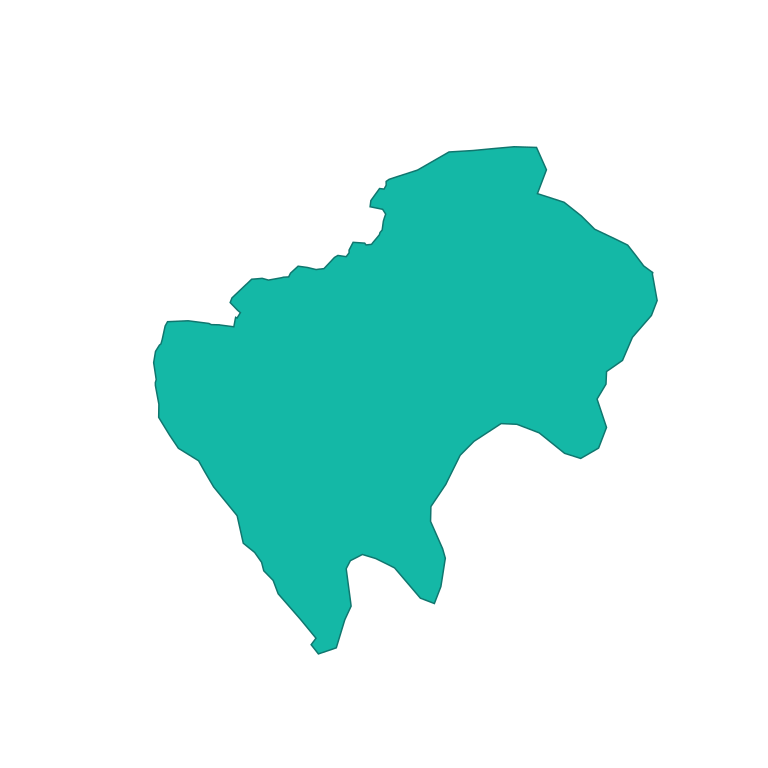 Fen River, River Cess, Liberia, rotated 21°
{"feature_id": "62588387B6652087258063", "entity_name": "Fen River", "entity_type": "district", "adm_level": 2, "iso_a3": "LBR", "parent_name": "Liberia", "parent_adm1": "River Cess", "projection": "orthographic", "projection_center": [-9.654, 5.605], "detail": "fine", "context": "isolated", "style": "filled", "palette": "teal", "viewbox_px": 768, "rotation_deg": 21, "n_neighbors": 0, "source": "geoboundaries", "source_scale": "gbopen_adm2", "svg_char_len": 2006}
<svg xmlns="http://www.w3.org/2000/svg" viewBox="0 0 768 768"><g transform="rotate(21 384 384)"><path d="M595.0,183.7L584.1,180.7L573.2,173.9L561.7,167.0L549.5,165.9L525.2,164.0L508.0,156.4L487.0,149.8L459.0,151.3L458.9,125.8L441.6,108.5L420.4,115.9L401.6,125.1L383.5,134.1L361.5,144.1L338.6,172.3L322.0,185.7L315.4,191.1L313.4,194.1L314.8,197.7L314.2,202.0L309.8,203.1L306.0,217.4L307.5,223.5L320.1,221.4L324.7,224.8L324.8,228.6L325.0,231.3L325.0,232.0L327.1,240.9L326.0,244.0L326.2,246.4L322.9,256.1L322.3,258.1L317.4,260.6L315.5,259.4L304.4,262.8L303.4,271.5L304.4,274.0L303.1,278.6L301.2,279.1L294.9,280.5L292.4,283.6L291.0,287.0L290.8,287.6L286.6,297.8L283.2,299.6L282.5,299.9L279.6,301.5L271.1,302.6L270.1,302.8L261.6,304.8L257.0,314.0L256.6,318.2L251.9,320.3L250.1,321.6L238.9,328.4L232.4,329.0L226.9,331.7L222.9,333.6L220.0,339.8L219.7,340.3L211.2,358.1L211.2,363.1L214.4,364.6L221.0,367.7L224.4,368.9L224.2,369.7L223.2,375.0L221.6,374.9L221.9,376.8L223.3,384.4L209.7,387.7L209.0,387.8L201.4,390.5L198.9,390.2L178.8,395.1L177.5,395.6L159.6,403.4L158.9,408.3L161.0,422.0L161.4,426.5L160.4,428.2L159.0,435.4L161.3,446.6L167.2,457.0L169.8,461.6L170.0,464.6L171.1,467.3L177.1,477.1L181.1,483.6L185.6,495.9L202.3,508.7L215.1,517.7L238.4,522.1L247.9,530.0L254.4,535.2L261.8,541.1L294.1,559.6L309.7,583.1L323.6,587.6L333.6,594.3L338.7,601.5L350.9,607.1L360.4,617.8L389.9,633.4L411.6,645.7L409.4,653.5L419.5,659.5L434.0,647.4L431.9,618.2L432.9,603.2L430.9,599.4L414.9,570.0L415.9,561.0L422.0,554.2L424.9,550.9L438.8,549.9L449.7,550.9L459.8,551.9L494.7,570.9L509.7,570.9L509.7,552.8L508.0,544.7L504.3,527.6L503.7,524.7L497.7,516.7L479.2,498.1L476.7,495.6L471.7,481.6L477.7,455.4L478.0,451.4L480.1,429.1L480.6,423.3L488.6,405.2L507.5,379.0L522.5,374.0L546.4,374.0L577.4,384.0L594.3,383.0L599.2,377.0L607.3,366.9L607.3,344.8L588.3,321.7L591.3,304.6L587.3,292.6L598.2,276.5L599.2,251.4L601.2,245.8L609.1,224.2L609.1,208.2L595.1,185.1L595.0,183.7Z" fill="#14b8a6" stroke="#0f766e" stroke-width="1.5"/></g></svg>